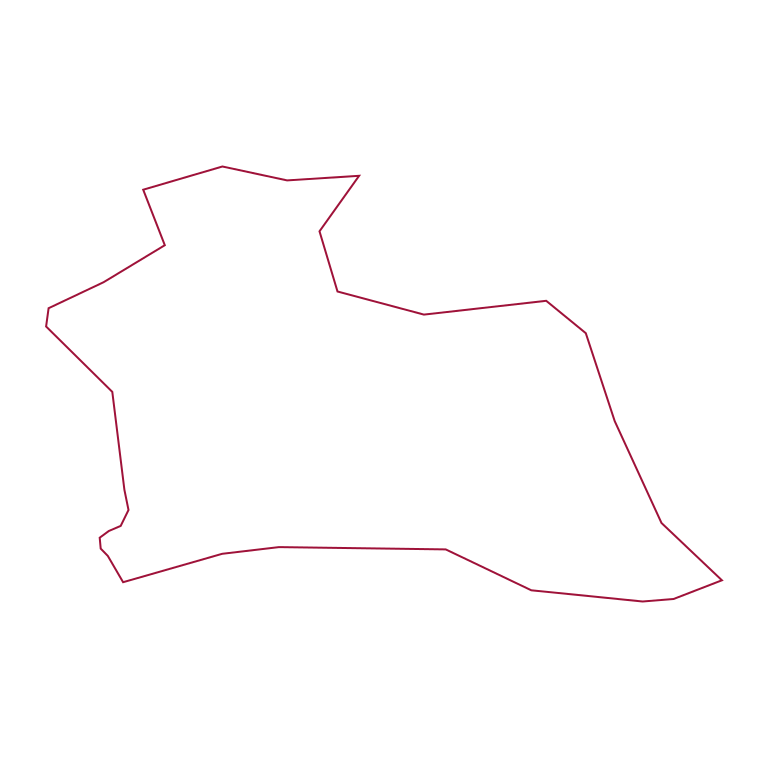 map outline of Jaunpils (Natural Earth projection)
{"feature_id": "LVA-5763", "entity_name": "Jaunpils", "entity_type": "Municipality", "adm_level": 1, "iso_a3": "LVA", "parent_name": "Latvia", "parent_adm1": "", "projection": "natural_earth1", "projection_center": [22.921, 56.775], "detail": "fine", "context": "isolated", "style": "outline", "palette": "rose", "viewbox_px": 768, "rotation_deg": 0, "n_neighbors": 0, "source": "natural_earth", "source_scale": "10m", "svg_char_len": 508}
<svg xmlns="http://www.w3.org/2000/svg" viewBox="0 0 768 768"><path d="M642.6,601.5L531.3,590.3L445.7,549.4L279.0,547.1L222.2,553.8L123.1,582.2L107.8,555.9L100.7,548.6L99.7,537.7L108.8,531.0L120.7,525.9L128.5,510.0L124.4,489.8L112.3,391.9L46.1,326.5L48.6,308.2L103.6,282.2L164.8,245.2L143.2,189.7L222.4,166.5L287.1,180.4L359.1,175.8L319.5,231.3L337.5,291.5L423.9,314.6L546.2,300.8L585.8,333.2L614.7,421.1L661.5,523.0L721.9,580.3L673.5,599.0L642.6,601.5Z" fill="none" stroke="#9f1239" stroke-width="2"/></svg>